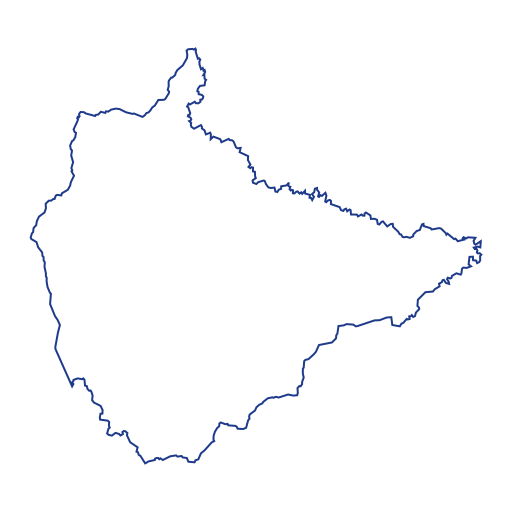 the district of Dom Pedrito, Rio Grande do Sul, Brazil
{"feature_id": "56859067B88421648496139", "entity_name": "Dom Pedrito", "entity_type": "district", "adm_level": 2, "iso_a3": "BRA", "parent_name": "Brazil", "parent_adm1": "Rio Grande do Sul", "projection": "equal_earth", "projection_center": [-54.6, -31.019], "detail": "fine", "context": "isolated", "style": "outline", "palette": "blue", "viewbox_px": 512, "rotation_deg": 0, "n_neighbors": 0, "source": "geoboundaries", "source_scale": "gbopen_adm2", "svg_char_len": 5986}
<svg xmlns="http://www.w3.org/2000/svg" viewBox="0 0 512 512"><path d="M475.4,237.8L468.0,237.3L466.1,238.5L463.6,237.2L462.7,238.3L464.0,239.6L457.8,241.2L455.5,238.6L454.1,239.1L447.5,233.6L446.4,234.7L445.9,233.3L441.1,228.6L439.2,228.1L431.6,229.5L430.6,228.2L423.7,226.1L423.5,223.9L422.0,224.4L419.8,230.0L416.7,231.0L413.3,234.5L413.2,236.3L410.0,237.8L406.1,236.8L404.1,237.3L402.5,236.9L401.1,234.5L399.7,234.2L398.3,231.8L393.1,226.9L392.7,223.8L390.6,224.1L387.2,226.4L383.0,221.4L381.6,221.8L379.3,224.5L377.7,223.9L377.0,219.8L374.6,218.8L370.9,218.9L370.4,215.4L365.9,212.5L364.6,213.5L364.4,215.7L362.8,215.7L361.5,214.5L358.0,216.4L356.9,214.6L351.0,214.5L350.6,210.1L349.6,209.5L347.2,211.3L346.1,208.7L344.3,209.4L343.4,210.9L341.1,210.2L339.6,207.1L330.9,204.1L331.0,201.0L330.0,200.0L328.3,200.3L326.1,202.2L325.2,201.5L326.4,195.6L325.4,192.8L321.9,195.9L320.5,195.2L319.1,196.9L318.1,196.4L319.2,192.5L317.1,189.8L317.0,188.0L314.9,188.7L314.2,192.2L312.0,194.1L314.0,196.8L312.2,200.1L311.1,198.0L309.5,197.7L310.0,194.9L305.1,193.5L305.0,190.8L302.2,193.8L301.2,192.3L299.5,193.6L297.6,191.4L296.3,191.7L294.3,193.5L292.9,193.2L293.0,190.3L291.7,189.8L290.8,190.5L289.6,189.3L290.3,186.8L288.9,186.4L288.2,185.3L288.9,182.6L286.6,185.4L281.2,186.3L281.1,188.9L278.8,189.7L277.3,192.0L275.4,191.5L274.5,187.6L270.7,188.0L268.3,187.3L265.9,184.0L264.8,181.0L263.8,180.5L258.3,182.1L256.3,184.0L253.0,182.7L252.6,180.4L255.8,178.1L255.1,176.4L254.9,171.8L253.0,171.4L253.0,167.6L251.4,167.2L250.3,168.2L248.5,166.9L250.4,164.6L247.9,160.0L248.1,156.1L239.6,152.2L240.6,147.9L237.5,148.3L236.0,147.3L233.5,141.4L232.1,140.3L229.7,140.1L228.7,138.9L221.4,142.2L220.3,139.2L213.4,136.6L210.7,139.2L210.9,134.5L210.2,132.7L205.9,134.4L204.5,130.3L201.9,128.5L201.9,126.7L200.9,125.1L194.0,128.7L191.3,126.7L190.8,124.5L191.2,123.0L189.2,121.1L190.6,120.6L191.3,119.3L190.5,117.7L187.9,116.3L188.3,114.9L189.6,114.8L190.2,113.2L188.2,107.2L187.1,106.6L188.7,103.6L189.9,104.5L194.8,101.7L195.8,103.2L198.4,103.3L200.4,101.8L200.3,99.7L201.8,99.6L202.9,98.3L203.3,96.4L201.9,94.9L198.7,94.2L198.6,91.8L197.3,91.2L197.9,88.7L200.0,85.9L204.6,85.3L205.2,81.1L206.1,79.9L204.6,78.7L204.4,74.8L203.4,75.0L205.2,71.9L204.6,70.0L203.5,70.7L202.7,68.0L201.0,69.2L199.5,64.5L199.4,61.4L200.3,59.7L199.2,58.3L197.9,58.8L195.7,51.9L196.0,50.0L195.4,48.6L193.9,49.6L192.5,48.9L188.0,49.3L186.6,50.6L187.3,54.6L187.0,58.1L182.8,65.4L177.4,70.0L175.7,72.8L175.2,75.0L172.3,77.6L171.2,77.6L169.2,80.2L168.6,81.6L168.7,86.3L167.7,89.9L169.1,91.6L168.8,93.3L165.2,99.1L163.7,99.8L158.3,100.0L154.8,105.6L152.2,107.5L150.4,110.4L148.4,112.5L146.5,113.0L144.8,115.3L142.5,116.9L133.9,113.5L132.5,113.9L126.1,112.3L119.6,109.1L116.0,108.6L111.2,109.6L108.3,111.6L106.0,111.3L105.3,112.9L100.8,111.8L98.3,114.5L95.8,114.9L95.1,116.0L85.6,113.4L84.0,112.2L80.6,112.0L79.4,113.4L79.0,114.9L79.6,116.1L78.9,117.3L77.7,116.9L77.2,118.3L78.0,119.3L77.6,120.8L73.6,129.4L74.7,132.1L76.0,132.8L75.3,137.0L73.5,140.2L72.1,141.0L70.1,145.6L70.8,149.2L72.0,150.5L71.2,155.6L73.1,162.1L71.4,168.1L72.3,170.5L71.5,171.3L74.0,175.7L70.9,182.1L70.1,185.7L67.8,189.8L61.9,193.3L61.3,195.4L57.1,194.9L55.8,195.6L54.6,198.9L53.2,199.0L51.3,200.6L48.8,200.7L45.7,203.7L45.9,208.4L44.5,212.5L39.0,216.6L36.8,221.3L36.2,225.2L33.6,228.0L33.1,232.1L31.8,233.6L30.7,237.6L31.3,239.0L36.5,242.1L38.1,247.2L42.1,252.4L42.5,256.0L43.5,256.9L43.7,260.5L44.8,262.3L44.5,266.9L45.9,273.3L45.9,276.2L46.7,277.8L46.6,281.3L47.5,286.9L50.0,292.9L50.9,293.7L50.1,304.1L55.0,316.1L57.6,319.9L59.9,325.0L57.9,332.8L55.3,347.1L55.5,349.1L72.1,386.4L73.4,384.0L71.9,382.4L73.3,381.3L73.5,379.9L77.7,378.4L82.2,379.2L83.3,378.4L84.5,379.8L85.0,385.6L86.8,386.1L87.5,388.9L89.3,390.8L90.6,390.5L91.5,392.0L92.6,395.6L92.1,400.2L94.0,402.6L100.6,405.9L102.6,410.1L102.4,413.6L100.5,413.7L99.8,417.7L100.1,419.6L107.9,420.7L109.2,422.1L108.9,425.8L109.7,427.6L108.5,428.6L107.1,433.5L108.7,434.9L111.9,435.6L115.5,432.9L119.2,434.0L120.4,435.5L122.9,434.1L122.4,432.1L123.9,431.0L125.4,431.3L127.4,433.1L126.9,435.2L130.2,442.3L137.6,447.3L136.5,451.7L138.0,452.3L138.7,454.8L140.4,455.8L145.2,463.4L148.6,461.4L154.8,460.0L155.1,458.6L156.9,458.0L158.1,458.0L159.2,459.2L160.3,458.3L162.8,460.0L170.2,456.3L176.1,455.4L177.5,456.6L181.6,456.0L182.6,457.4L186.8,458.0L188.4,461.7L194.6,462.3L195.4,460.3L198.3,459.4L200.9,453.4L204.6,450.3L211.7,442.4L214.2,441.1L213.5,439.9L213.6,435.9L214.9,431.8L217.1,428.1L219.2,426.2L219.4,423.5L220.8,422.5L225.4,424.2L227.6,423.9L228.2,425.3L235.5,425.9L236.7,426.7L237.6,428.7L243.2,429.0L246.1,427.8L248.1,420.4L249.5,418.7L249.1,416.5L249.7,414.5L255.0,410.5L256.5,407.2L259.2,404.8L262.3,403.4L263.2,401.9L267.8,398.3L272.4,397.3L273.5,397.8L275.8,396.8L278.8,397.5L288.1,394.5L293.3,395.6L297.2,395.2L297.8,392.9L297.5,388.1L299.4,386.0L300.6,386.3L302.1,384.2L302.1,382.0L303.7,377.6L302.8,373.3L302.9,368.6L303.7,367.7L304.2,361.1L305.4,359.9L308.3,359.2L313.9,354.2L315.9,351.8L319.0,345.0L331.9,342.5L336.0,338.4L336.3,335.2L337.4,333.5L338.5,326.0L343.7,325.4L346.5,324.1L353.3,324.6L355.7,326.3L357.1,326.2L374.5,320.4L379.6,320.2L386.7,317.5L391.3,317.2L392.3,325.0L399.8,326.3L401.5,323.6L403.3,322.9L406.7,318.9L407.8,319.5L409.7,318.9L409.2,316.4L411.0,316.1L411.8,315.1L413.2,317.0L415.0,316.1L415.9,312.6L419.2,309.1L419.0,307.6L417.4,305.8L417.9,299.7L425.4,292.2L433.0,291.5L434.7,289.3L439.6,286.3L439.0,283.7L441.8,282.2L442.6,280.2L443.8,279.8L445.9,282.9L449.1,283.9L448.7,281.7L447.0,279.1L447.8,277.7L450.1,278.5L451.4,278.0L452.0,275.9L456.4,273.3L460.7,274.6L461.4,273.5L462.0,268.8L463.2,267.6L466.7,267.9L471.0,266.3L468.6,264.3L469.5,256.9L472.9,256.7L473.1,260.2L476.2,260.6L477.1,263.1L479.2,262.1L480.2,260.3L480.1,256.0L481.3,254.7L479.7,253.2L477.9,253.4L476.9,252.5L477.4,250.5L476.5,248.8L474.8,249.1L473.8,247.6L477.7,246.6L480.3,247.4L480.8,241.2L475.6,244.7L474.3,243.7L473.6,240.8L475.4,237.8Z" fill="none" stroke="#1e3a8a" stroke-width="2"/></svg>